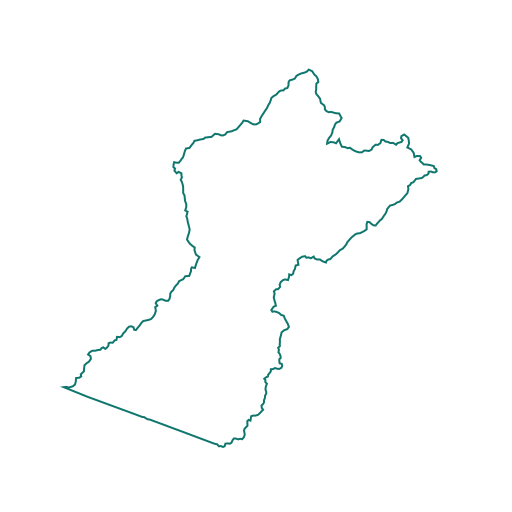 the district of Pau D'Arco, Pará, Brazil, rotated 104°
{"feature_id": "56859067B52334370836521", "entity_name": "Pau D'Arco", "entity_type": "district", "adm_level": 2, "iso_a3": "BRA", "parent_name": "Brazil", "parent_adm1": "Pará", "projection": "orthographic", "projection_center": [-50.157, -7.725], "detail": "fine", "context": "isolated", "style": "outline", "palette": "teal", "viewbox_px": 512, "rotation_deg": 104, "n_neighbors": 0, "source": "geoboundaries", "source_scale": "gbopen_adm2", "svg_char_len": 5703}
<svg xmlns="http://www.w3.org/2000/svg" viewBox="0 0 512 512"><g transform="rotate(104 256 256)"><path d="M62.4,249.9L64.7,251.2L66.2,253.1L68.0,256.4L69.4,258.2L71.4,260.3L74.5,261.3L76.1,263.4L77.1,265.4L78.7,266.4L80.8,266.2L82.6,265.7L85.4,266.2L86.6,268.4L88.6,269.4L89.2,271.3L90.2,272.9L91.7,273.9L94.4,275.3L96.7,277.7L98.9,279.3L101.4,279.4L104.1,279.7L106.0,280.4L109.9,281.2L113.4,282.5L115.3,283.1L118.0,284.1L122.0,285.2L125.0,284.4L126.6,285.8L128.3,287.8L128.9,290.4L128.3,293.1L127.2,296.5L127.6,300.8L130.3,301.7L137.8,305.5L139.2,307.6L140.9,309.8L142.7,313.9L145.5,315.2L146.9,317.0L147.4,318.9L146.9,321.8L147.4,325.4L151.2,328.0L152.3,331.1L153.4,334.0L155.0,335.1L155.9,337.0L156.7,338.8L158.1,341.2L159.1,343.6L161.5,344.1L163.4,345.1L165.3,345.9L167.3,346.7L168.6,349.9L171.4,350.4L175.1,350.5L177.9,350.7L180.0,351.7L182.0,352.4L184.2,353.5L184.8,356.3L184.7,358.1L187.3,358.1L189.8,357.6L190.7,355.7L192.9,355.8L194.9,353.0L193.1,351.4L193.8,348.4L195.7,347.9L197.6,346.9L200.3,347.5L201.6,346.2L203.3,345.1L205.8,343.7L208.8,342.8L212.5,341.9L214.6,340.0L216.3,339.4L219.6,338.2L222.6,336.2L225.3,335.5L228.9,335.7L229.6,333.1L234.3,333.2L236.5,331.7L239.6,330.4L241.7,329.2L243.8,328.1L246.2,326.8L250.0,326.6L253.4,326.9L256.8,326.9L258.4,325.1L260.1,323.1L261.7,319.9L262.6,317.5L265.0,317.2L267.5,315.7L269.2,314.5L269.9,312.7L270.8,310.6L274.3,311.7L279.1,312.2L282.4,312.3L282.5,315.5L284.3,315.9L286.4,315.4L291.5,316.0L292.7,319.7L296.1,321.0L297.4,322.6L299.0,324.5L301.7,325.2L303.9,326.5L306.4,327.6L309.2,328.1L311.2,329.5L313.4,330.1L315.4,329.6L318.4,329.5L320.8,330.5L321.3,333.0L320.9,335.3L320.8,337.2L321.9,339.2L323.9,341.4L326.0,341.9L328.1,339.7L330.0,341.4L333.4,339.9L337.0,340.1L340.2,341.2L342.6,342.6L344.3,345.3L346.3,349.6L348.4,350.9L351.6,352.1L354.0,353.3L356.9,354.6L357.0,356.4L354.8,357.6L354.4,360.0L355.2,362.0L357.5,363.5L360.5,364.5L363.2,366.1L366.3,367.0L367.7,368.6L368.1,371.3L371.2,371.1L372.1,372.8L374.8,374.0L375.2,376.3L376.3,377.9L378.8,377.5L380.8,378.4L382.6,379.8L381.6,382.2L382.8,383.6L384.6,384.3L385.5,386.8L386.7,388.8L387.5,391.9L389.8,394.2L392.2,395.1L393.2,392.4L395.8,391.3L399.1,392.6L401.1,394.5L403.5,396.0L407.3,395.5L409.5,395.1L411.3,396.2L413.2,397.4L415.1,396.5L416.9,398.1L417.9,401.0L421.5,400.5L424.3,400.5L426.7,402.1L429.0,406.0L428.8,408.3L429.8,410.8L433.2,386.7L433.5,384.1L434.6,374.0L439.0,333.4L439.7,327.4L439.4,325.4L440.2,323.4L440.6,321.4L440.4,319.5L441.2,312.5L442.5,300.8L448.2,250.8L448.1,248.1L449.6,246.0L448.9,244.1L449.3,241.9L448.2,240.4L445.5,240.3L444.8,238.5L444.4,235.9L443.0,234.6L440.4,234.2L438.4,233.3L438.0,231.0L438.2,228.9L437.2,227.2L437.1,225.1L434.7,223.9L432.0,223.7L428.3,225.4L426.4,225.3L422.7,223.2L418.4,224.5L416.8,223.5L417.1,221.6L412.6,221.9L411.5,220.1L411.0,217.8L409.3,215.3L403.4,211.9L402.1,213.6L399.7,214.5L397.9,213.3L395.9,212.8L394.1,213.4L391.7,213.0L389.4,213.4L386.9,212.8L385.1,213.3L383.5,214.4L381.6,214.8L379.4,214.8L377.3,214.5L376.0,216.5L374.2,216.8L373.1,218.3L371.2,216.8L370.1,215.3L368.1,215.4L366.1,214.4L364.2,213.7L362.3,214.2L361.7,212.3L360.1,210.4L360.3,208.1L359.9,206.0L358.3,204.3L356.1,204.0L354.4,205.0L354.4,207.1L352.5,207.9L350.5,208.4L349.0,207.4L346.9,208.1L345.3,209.3L343.9,211.0L341.5,211.0L339.7,212.3L337.6,211.0L335.8,211.7L333.9,211.9L331.2,212.7L329.3,212.7L326.9,212.6L323.9,212.7L321.2,210.7L319.4,208.0L316.8,206.9L314.1,208.8L309.7,212.9L307.2,214.7L307.1,217.5L305.8,219.6L305.3,222.4L305.3,224.8L306.1,226.6L304.7,228.1L300.9,226.6L299.5,224.7L297.3,225.7L294.2,227.6L291.8,228.8L288.1,228.8L286.0,230.1L283.4,228.4L282.8,226.5L280.0,225.1L278.2,226.1L275.3,225.7L272.8,223.9L271.7,222.1L271.6,219.1L268.2,218.9L265.8,219.3L266.0,217.1L264.3,215.7L261.6,215.8L259.2,215.1L255.6,215.2L254.3,212.7L249.8,214.7L247.9,213.3L245.5,211.0L244.3,208.3L245.5,206.6L244.6,204.6L245.0,202.3L242.6,199.9L244.2,198.5L244.6,195.7L243.9,193.3L245.0,190.2L245.4,186.6L243.5,186.4L241.8,184.9L241.1,183.2L237.8,181.5L234.8,178.7L229.8,175.8L228.1,173.8L225.4,172.3L222.8,171.2L220.4,170.7L214.7,167.7L212.4,165.9L210.9,164.9L209.6,163.1L208.8,160.7L205.8,157.2L203.4,155.1L201.3,155.6L198.4,156.4L195.9,156.2L195.7,153.9L196.9,151.9L197.8,149.5L197.5,147.3L195.4,146.4L191.3,144.2L189.7,142.9L185.7,141.5L183.6,140.6L181.0,140.1L178.8,140.1L176.6,139.1L174.7,138.2L173.0,135.1L171.8,133.6L170.0,132.2L168.5,129.8L165.5,127.9L158.3,124.3L154.3,124.3L151.5,125.4L149.8,123.6L147.7,123.1L146.3,121.1L142.5,119.4L140.3,114.1L138.9,112.9L137.1,111.9L136.3,110.0L134.5,108.6L132.5,108.9L131.7,106.7L132.0,104.7L131.5,102.5L130.0,101.2L128.1,102.2L127.7,104.0L125.7,105.3L125.7,109.1L125.8,111.1L126.1,113.4L126.6,115.4L125.5,117.1L124.6,119.0L123.5,120.4L120.8,119.5L119.4,120.9L120.0,124.0L121.6,126.2L117.7,128.0L115.0,131.3L114.1,135.4L109.8,134.7L106.5,135.9L104.4,137.0L102.3,141.6L104.5,143.9L106.6,143.8L108.2,141.7L110.1,142.4L112.3,146.1L114.1,146.9L113.1,150.3L113.9,153.0L113.4,156.0L113.6,158.1L112.5,160.2L113.0,162.4L116.3,162.6L118.7,164.6L119.1,166.9L122.4,169.2L124.8,169.6L126.8,171.8L127.1,174.7L127.6,176.6L129.8,178.3L130.5,181.3L130.3,185.0L129.3,188.6L128.2,191.1L129.2,192.9L128.8,196.1L129.2,199.1L126.0,201.7L122.6,203.7L127.3,205.6L126.9,207.7L127.3,211.2L129.8,214.2L126.9,214.5L123.9,213.7L120.9,212.3L117.7,211.8L115.0,212.1L112.1,211.4L109.1,211.1L107.1,210.2L105.2,207.4L101.4,206.3L100.0,207.7L97.6,209.8L98.2,213.4L98.0,217.9L98.9,220.3L98.2,223.1L96.9,224.7L95.0,225.1L93.3,226.4L91.7,230.1L87.9,231.9L85.8,234.4L84.3,236.6L82.5,237.7L79.3,238.0L76.7,238.7L73.9,239.1L72.2,237.6L69.3,238.8L67.0,241.0L65.9,243.2L63.1,246.2L62.4,249.9Z" fill="none" stroke="#0f766e" stroke-width="2"/></g></svg>